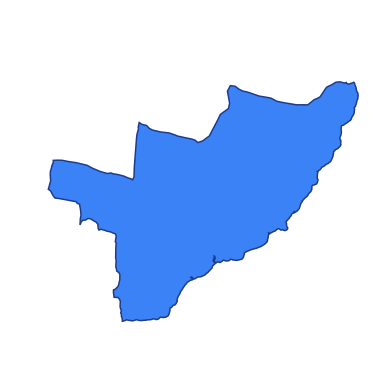 the district of South West Tanna, Tafea, Vanuatu, rotated 282°
{"feature_id": "77236927B40431360126678", "entity_name": "South West Tanna", "entity_type": "district", "adm_level": 2, "iso_a3": "VUT", "parent_name": "Vanuatu", "parent_adm1": "Tafea", "projection": "mercator", "projection_center": [169.354, -19.575], "detail": "fine", "context": "isolated", "style": "filled", "palette": "blue", "viewbox_px": 384, "rotation_deg": 282, "n_neighbors": 0, "source": "geoboundaries", "source_scale": "gbopen_adm2", "svg_char_len": 5996}
<svg xmlns="http://www.w3.org/2000/svg" viewBox="0 0 384 384"><g transform="rotate(282 192 192)"><path d="M136.5,89.3L139.9,89.9L141.7,91.2L142.5,93.8L144.5,95.7L144.6,98.8L143.5,101.4L142.7,104.3L140.9,106.6L136.8,107.8L135.4,109.0L136.6,110.3L136.4,114.3L136.0,116.9L136.0,121.1L135.4,123.5L135.1,125.9L132.9,127.1L131.5,127.1L127.5,127.3L126.1,128.5L122.7,128.9L111.3,131.1L109.7,131.9L102.7,133.1L100.7,134.3L99.1,134.7L97.9,137.3L96.9,138.1L95.9,138.7L93.7,139.1L91.3,139.6L85.7,139.5L83.9,139.1L80.5,136.7L80.1,135.6L77.8,135.9L72.8,137.7L73.4,141.6L72.1,143.2L70.6,144.5L64.9,145.5L62.9,146.4L61.4,147.5L58.8,147.4L57.8,148.3L55.5,148.9L54.2,149.8L52.6,150.4L51.1,150.7L51.5,151.7L52.3,153.1L53.4,154.7L53.3,157.4L53.6,158.2L53.6,158.6L53.4,159.5L53.4,159.8L54.1,161.9L54.7,162.7L55.0,163.3L55.3,163.6L55.5,164.0L55.4,165.6L55.5,166.3L55.4,167.1L55.6,168.9L56.3,171.0L56.7,172.0L56.8,173.1L57.5,174.4L57.7,175.4L58.1,176.4L58.5,178.2L59.2,179.3L59.8,180.6L60.0,180.9L60.1,181.7L59.8,182.9L59.9,183.8L60.1,184.5L60.6,185.4L62.3,186.5L62.6,186.8L62.9,187.4L63.0,187.6L63.3,188.2L63.1,189.0L63.1,189.4L64.1,192.3L65.0,193.4L65.3,193.8L66.0,194.4L67.9,194.9L68.7,194.9L71.6,195.1L72.4,194.9L73.7,194.5L74.1,194.9L74.4,195.5L74.8,195.9L76.2,196.6L77.0,196.9L77.2,197.2L78.0,198.8L79.5,199.6L82.2,200.3L82.7,200.2L83.4,199.7L84.2,199.7L85.3,200.0L86.2,200.0L87.2,200.2L89.4,201.1L92.2,201.6L92.5,201.8L93.3,202.0L94.4,202.6L97.2,203.5L97.9,203.9L99.7,204.6L101.2,205.6L102.5,206.1L104.6,208.1L105.2,208.7L106.3,210.8L106.7,210.9L106.9,210.8L107.3,210.4L108.3,208.5L108.5,207.8L108.6,209.2L108.2,210.4L107.3,211.5L107.3,212.0L107.4,212.5L108.4,213.7L109.7,214.7L110.0,215.1L110.7,217.8L111.4,219.0L113.8,222.1L114.3,222.5L115.4,222.9L115.9,223.7L116.3,223.9L116.7,224.3L117.8,224.8L118.8,225.7L119.9,226.0L121.1,227.0L121.6,227.3L122.2,227.4L123.2,227.4L123.9,227.5L124.7,228.0L126.5,229.4L127.1,229.4L127.6,229.0L128.4,227.7L129.2,226.9L131.3,227.2L133.3,227.3L133.5,227.2L133.9,226.9L133.9,227.3L133.7,227.5L133.0,228.0L132.7,228.3L131.4,228.4L129.3,227.9L128.5,228.6L128.0,229.5L127.6,229.9L127.5,230.1L127.6,230.4L128.2,230.7L128.6,231.2L129.1,232.0L129.1,232.6L128.9,232.8L128.8,233.7L129.3,234.6L130.5,235.9L131.4,236.5L132.0,237.1L132.0,237.5L131.6,238.6L131.7,240.2L132.1,241.4L132.7,242.6L133.1,243.0L133.9,243.4L134.3,244.2L134.4,244.9L134.2,245.4L134.0,246.2L134.2,247.1L134.3,249.3L134.9,251.2L136.7,254.7L137.1,255.1L137.9,255.5L139.7,255.9L140.8,255.9L141.9,256.2L142.2,255.9L142.7,255.9L143.8,256.2L144.4,256.8L144.7,257.4L145.3,258.0L146.5,259.9L147.8,261.6L148.1,262.3L148.9,263.7L150.9,267.7L151.6,268.4L153.0,270.8L156.2,274.0L158.0,275.3L158.3,275.4L158.8,275.7L159.3,275.9L162.1,275.8L162.7,275.9L163.5,276.0L164.4,275.7L165.8,275.7L166.2,275.8L167.1,275.9L167.8,275.4L168.3,274.8L168.1,275.8L167.3,276.4L167.2,276.7L168.1,277.3L168.9,278.4L170.0,279.5L171.1,281.3L171.4,281.7L172.0,282.1L172.5,282.2L172.7,282.3L173.2,283.1L174.0,283.7L174.1,284.1L174.1,284.9L173.3,286.7L173.3,287.2L173.9,288.4L173.9,289.2L173.6,289.6L173.5,290.4L173.8,291.5L174.9,292.8L175.7,293.1L176.4,293.2L177.1,292.9L177.4,292.3L178.5,291.7L179.7,291.2L180.6,291.1L181.8,290.3L182.4,290.2L183.0,290.4L183.4,290.5L184.1,291.2L185.6,291.9L186.5,292.6L188.0,293.0L188.7,293.5L189.4,293.9L191.3,294.2L191.5,294.3L192.0,294.7L192.3,295.1L192.5,295.8L193.6,295.9L194.8,295.7L194.1,296.0L193.4,296.1L193.2,296.3L193.2,296.8L193.9,297.3L194.2,297.7L194.6,298.1L195.3,298.8L197.5,300.1L198.5,300.4L202.7,300.8L205.3,301.6L205.7,301.8L206.5,301.8L207.4,302.6L208.7,303.1L212.2,305.8L214.4,306.4L215.3,306.9L216.6,307.8L218.1,308.5L219.7,308.6L222.1,308.2L223.0,308.2L223.7,308.7L224.6,310.5L225.1,311.2L225.4,311.7L226.1,312.3L226.8,312.5L228.6,312.7L229.9,312.7L230.4,312.6L230.8,312.1L231.4,311.6L232.3,311.4L236.2,310.9L237.8,311.0L238.2,310.8L238.3,310.5L238.7,311.2L239.6,311.7L240.3,312.5L241.4,313.2L242.6,313.5L243.2,313.8L243.9,314.7L244.2,315.3L244.9,315.9L245.7,316.4L246.2,316.9L247.2,317.8L248.3,319.4L249.1,319.9L250.2,320.9L251.1,321.4L252.7,321.8L256.3,322.5L257.6,322.3L259.7,322.4L260.5,322.1L261.0,322.2L261.3,322.3L262.0,323.1L262.7,323.2L263.1,323.4L265.1,325.8L266.5,326.6L267.2,327.2L268.4,327.7L269.1,327.8L269.5,327.7L270.0,327.4L272.7,327.1L273.5,326.7L274.6,325.7L275.3,325.5L276.4,325.4L278.8,325.8L280.5,325.8L282.1,325.6L283.1,325.2L283.8,325.0L284.3,324.7L285.7,324.7L286.7,324.4L287.3,324.4L288.0,324.7L288.6,325.5L289.0,326.4L289.2,326.6L290.8,328.0L291.4,328.7L292.1,329.3L294.2,331.1L294.9,332.0L296.7,332.7L298.4,332.8L299.2,333.2L301.0,333.8L303.1,334.2L306.7,333.8L307.5,333.5L308.7,333.2L309.0,333.3L309.4,333.9L310.2,334.1L311.0,334.1L312.4,334.4L315.6,334.3L317.8,334.8L318.1,334.8L318.6,334.5L320.4,334.6L323.4,333.6L323.9,333.0L324.9,332.1L326.0,331.6L326.6,331.4L328.4,330.6L329.3,330.1L330.5,329.1L331.9,328.6L332.6,328.0L332.8,327.6L332.9,327.1L332.1,326.4L331.1,324.4L330.7,324.1L330.2,323.0L330.1,321.8L330.6,320.6L331.2,320.1L330.3,318.6L330.5,313.8L329.3,309.9L325.7,306.1L323.6,303.2L322.2,301.7L311.7,297.5L309.4,294.8L307.7,292.3L301.3,287.1L299.0,275.9L298.4,262.7L298.4,256.0L300.2,249.8L300.2,247.3L299.8,237.6L301.1,227.2L301.3,224.9L301.3,220.5L302.5,216.1L304.4,212.4L304.0,207.4L298.0,205.7L286.8,210.3L281.2,210.3L273.8,203.6L267.9,202.2L250.4,197.3L244.1,191.7L241.6,187.5L243.4,184.0L243.7,181.1L243.7,166.5L244.3,163.2L245.0,157.3L244.2,148.7L244.4,140.3L245.4,136.9L247.6,133.8L247.8,128.8L249.0,125.9L244.3,125.9L242.6,126.5L236.6,126.2L232.7,126.6L205.1,130.3L194.8,132.1L191.6,131.4L192.2,129.7L192.3,127.9L192.6,125.9L193.4,121.8L193.6,116.7L193.6,113.5L193.4,111.0L193.8,108.8L192.5,105.4L193.0,97.6L194.7,89.2L196.3,83.7L196.6,72.7L196.1,64.5L196.0,58.3L195.3,54.4L194.1,49.7L192.1,50.2L188.8,49.5L186.0,49.5L182.6,49.2L179.2,49.8L173.6,51.4L164.7,50.9L163.8,53.3L159.5,57.0L157.6,59.3L158.0,63.5L158.4,80.9L157.0,82.1L156.7,84.5L151.6,86.6L146.0,88.3L142.8,88.3L136.5,89.3Z" fill="#3b82f6" stroke="#1e3a8a" stroke-width="1.5"/></g></svg>